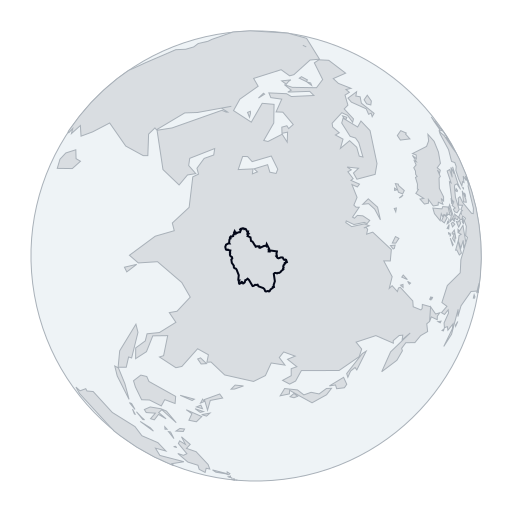 the Earth from above Xinjiang, rotated 80°
{"feature_id": "CHN-1756", "entity_name": "Xinjiang", "entity_type": "Autonomous Region", "adm_level": 1, "iso_a3": "CHN", "parent_name": "China", "parent_adm1": "", "projection": "orthographic", "projection_center": [83.367, 41.753], "detail": "medium", "context": "on_globe", "style": "outline", "palette": "ink", "viewbox_px": 512, "rotation_deg": 80, "n_neighbors": 0, "source": "natural_earth", "source_scale": "10m", "svg_char_len": 13083}
<svg xmlns="http://www.w3.org/2000/svg" viewBox="0 0 512 512"><g transform="rotate(80 256 256)"><circle cx="256" cy="256" r="225" fill="#eef3f6" stroke="#a8b0b8"/><path d="M331.0,43.6L326.6,42.5L323.1,41.1L321.3,40.9L325.6,42.9L328.9,44.3L328.3,50.4L340.6,62.7L350.7,67.7L343.6,66.2L367.0,77.0L377.7,86.8L361.8,75.3L357.1,73.8L362.4,79.9L358.8,79.8L359.3,82.9L354.6,82.4L345.6,76.3L342.4,76.1L346.3,80.5L344.0,83.2L338.7,76.7L334.1,81.0L318.3,72.7L308.0,57.8L295.3,54.9L274.4,44.5L272.4,46.0L263.2,43.7L257.5,44.8L255.2,43.1L252.6,45.5L255.8,46.9L255.7,48.5L252.6,49.5L249.2,47.2L250.2,46.5L247.6,46.3L247.2,44.9L245.7,46.1L241.9,43.7L241.1,47.6L234.2,46.8L233.0,44.9L239.1,43.2L251.4,36.3L252.0,34.7L246.7,33.6L224.1,35.0L222.3,34.4L215.4,35.0L213.6,35.8L218.3,35.8L213.3,38.1L219.7,38.4L218.6,39.6L222.7,41.1L215.6,43.0L206.4,44.3L202.6,43.3L198.5,44.0L196.8,47.0L184.7,47.9L167.8,53.5L165.4,53.8L170.1,49.8L183.4,43.9L189.6,40.8L179.0,45.3L173.1,46.8L169.3,48.3L165.8,49.9L165.5,50.4L162.1,51.7L170.8,47.5L172.2,46.9L174.5,46.0L171.5,47.3L177.8,44.8L179.5,44.1L195.8,38.9L212.5,35.0L229.5,32.3L246.6,30.9L263.8,30.9L280.9,32.1L297.8,34.6L314.6,38.5L331.0,43.6ZM330.9,45.1L326.0,43.0L323.5,41.5L328.0,43.1L330.9,45.1ZM335.2,49.3L332.0,47.9L334.3,47.5L335.5,48.3L335.2,49.3ZM358.8,71.6L355.5,68.6L359.9,71.6L358.8,71.6ZM360.3,83.4L362.3,84.4L361.7,85.7L360.3,83.4ZM226.4,40.0L224.6,40.5L224.8,39.9L226.4,40.0ZM229.9,40.3L231.3,39.3L233.2,39.3L232.3,39.9L229.9,40.3ZM353.8,86.2L352.2,88.2L352.3,85.1L353.8,86.2ZM227.6,41.6L236.3,39.5L239.6,39.6L238.7,42.2L227.6,41.6ZM350.2,88.6L346.4,93.9L350.6,96.4L336.3,92.9L344.3,89.2L343.8,84.9L346.8,87.9L350.2,88.6ZM258.1,47.0L254.6,45.5L260.4,46.0L258.1,47.0ZM261.8,46.9L279.7,47.0L283.3,50.0L276.6,49.2L283.6,52.8L276.6,54.2L271.2,52.5L270.2,50.2L268.3,52.6L261.8,46.9ZM329.0,90.4L326.8,91.0L327.4,89.3L329.0,90.4ZM256.1,49.3L259.4,48.8L262.8,51.4L256.8,52.7L257.6,51.4L256.1,49.3ZM288.8,53.2L290.3,55.6L285.0,57.2L284.9,58.4L276.7,54.5L288.8,53.2ZM255.3,51.3L253.7,53.4L249.3,53.1L253.1,49.9L255.3,51.3ZM266.2,51.5L267.5,52.9L264.8,52.5L266.2,51.5ZM232.8,53.9L236.7,53.0L238.8,54.2L232.8,53.9ZM253.4,54.2L254.9,54.3L256.2,54.7L254.3,56.0L253.4,54.2ZM273.6,56.1L271.1,56.5L276.7,57.8L272.9,59.4L268.2,56.6L268.7,58.5L267.5,59.0L264.9,56.2L273.6,56.1ZM256.1,58.8L248.7,56.2L241.1,57.5L239.1,56.4L251.7,54.7L256.1,58.8ZM261.5,57.4L257.7,58.0L257.0,56.2L259.3,54.7L261.5,57.4ZM272.1,61.6L279.1,59.8L279.9,60.6L272.1,61.6ZM254.0,59.5L255.8,60.1L253.5,59.7L254.0,59.5ZM266.7,61.2L269.1,60.5L269.9,61.3L266.7,61.2ZM257.5,62.2L255.2,61.2L256.6,60.1L257.5,62.2ZM261.8,62.0L262.4,63.3L258.5,60.3L262.7,61.5L261.8,62.0ZM267.1,62.1L268.4,62.4L266.0,62.4L267.1,62.1ZM253.5,67.1L248.2,63.6L251.3,61.0L256.1,64.8L253.5,67.1ZM57.2,361.9L51.1,349.3L49.3,341.9L46.5,331.4L38.9,299.2L40.2,289.4L39.3,281.0L36.7,276.0L36.2,266.0L35.0,261.8L31.4,239.7L33.2,222.7L42.1,185.6L44.8,180.2L50.4,168.4L73.2,159.3L72.4,168.7L84.0,187.2L84.4,191.6L76.9,198.9L80.7,227.5L89.2,224.4L98.7,244.6L108.9,252.9L123.4,237.4L106.7,223.4L109.8,211.9L128.1,215.4L143.6,228.3L145.3,224.3L140.6,209.1L149.3,205.5L139.5,203.4L139.7,209.1L133.6,208.2L133.1,203.0L136.2,201.7L133.0,196.5L119.0,204.6L117.6,211.2L106.0,203.4L102.6,213.9L97.6,215.0L101.5,197.7L105.1,193.5L108.0,171.1L103.2,174.5L100.1,196.2L98.8,192.5L92.2,198.3L96.2,191.0L100.8,167.2L93.8,159.7L75.9,165.0L73.7,160.0L75.9,150.4L91.5,136.0L94.7,149.1L100.3,144.9L107.4,133.3L107.7,138.5L111.0,135.6L113.0,140.4L123.4,139.3L126.5,143.6L137.9,136.2L141.1,137.6L133.4,141.4L129.8,146.6L138.5,158.0L142.3,158.1L149.1,152.6L150.6,156.8L156.0,150.0L164.7,154.2L158.7,143.8L166.4,137.9L175.6,137.0L177.1,133.5L162.1,135.1L157.1,137.5L154.5,142.5L139.9,148.5L135.4,146.3L146.6,133.5L141.3,129.2L152.3,121.9L186.0,120.8L196.3,124.5L197.9,143.3L191.2,145.6L187.4,139.8L184.2,150.8L187.7,147.2L189.0,150.9L196.7,146.9L198.0,149.4L203.2,141.6L205.6,144.2L202.3,149.1L215.8,146.3L222.9,150.8L225.3,149.0L225.9,145.9L234.5,154.2L235.9,152.5L233.6,149.1L235.0,143.8L240.7,137.8L243.4,141.0L241.7,143.6L242.0,154.1L237.1,161.0L238.7,161.8L243.7,156.6L243.2,143.6L245.9,139.2L247.1,145.0L246.9,142.6L249.1,141.4L253.7,143.3L252.8,136.9L273.2,121.6L284.2,124.6L283.0,131.0L300.0,125.5L311.0,130.4L308.9,127.1L315.6,122.9L312.3,121.3L311.8,119.4L327.5,109.4L333.3,110.0L337.7,103.0L336.6,101.5L332.6,100.6L336.3,92.9L350.6,96.4L352.4,99.6L360.2,100.1L363.0,107.7L368.9,114.6L367.4,123.5L372.2,128.6L374.8,128.3L383.2,135.4L391.8,152.3L373.8,140.1L358.6,117.5L363.8,126.6L359.4,125.2L359.2,128.9L363.2,135.6L365.7,135.9L355.2,151.8L358.2,172.4L366.0,168.1L373.0,171.8L383.2,194.1L376.7,231.2L386.0,238.7L388.0,245.1L383.1,251.4L380.0,242.1L373.1,240.9L372.1,235.0L363.2,242.9L361.4,234.8L355.3,245.4L360.0,250.7L368.5,246.4L364.0,259.6L375.4,267.5L379.1,280.2L367.7,307.5L352.6,318.7L352.1,322.8L345.0,320.0L337.2,329.6L351.9,348.2L352.1,354.3L338.7,368.6L338.1,364.3L319.1,356.8L316.7,371.5L331.2,380.5L336.2,392.4L325.6,390.4L320.4,379.8L313.7,376.8L314.6,364.4L307.4,346.4L296.7,351.2L296.7,343.4L285.1,327.9L269.2,333.7L244.5,354.0L242.4,373.1L233.3,380.5L219.0,351.8L216.9,332.1L209.0,332.7L196.5,313.4L167.1,304.5L165.4,298.4L159.3,298.9L150.9,290.1L149.2,280.1L143.0,278.0L148.3,304.3L155.2,306.6L164.4,301.0L164.3,309.4L172.7,319.4L154.7,332.6L115.0,331.6L115.3,316.4L106.6,264.3L109.1,260.4L109.3,259.8L109.4,258.8L104.4,264.4L104.3,254.3L104.5,288.8L102.7,301.3L114.4,332.1L112.3,333.3L117.3,340.6L138.4,345.1L137.6,349.6L125.1,365.2L99.6,377.0L105.4,395.4L107.6,407.5L97.0,406.3L103.4,416.5L98.7,414.4L102.1,419.0L101.4,419.6L99.7,418.3L87.5,405.5L76.2,391.8L66.1,377.2L57.2,361.9ZM58.8,170.2L56.6,173.3L58.8,170.2ZM155.7,251.9L167.8,258.5L169.7,243.8L174.5,245.3L173.4,240.0L169.8,242.7L168.1,228.7L175.9,227.8L178.2,221.9L174.3,219.5L160.2,223.6L162.4,243.4L156.6,247.0L155.7,251.9ZM172.5,47.0L171.7,47.4L167.8,49.1L169.0,48.5L172.5,47.0ZM154.5,57.2L149.4,59.2L153.9,57.1L154.5,56.2L164.7,51.2L164.7,53.7L162.9,53.3L154.5,57.2ZM178.2,45.9L171.8,48.3L178.8,45.6L178.2,45.9ZM127.2,116.7L125.4,120.6L120.9,122.4L117.0,118.5L123.4,115.5L127.2,116.7ZM123.8,125.7L136.0,114.9L139.0,117.4L135.3,117.8L136.0,120.5L130.2,121.9L121.0,135.4L116.5,138.0L111.7,128.4L115.8,129.9L117.3,125.8L123.8,125.7ZM162.0,87.5L167.4,84.1L166.9,93.7L161.9,95.9L157.7,91.7L161.0,86.7L162.0,87.5ZM224.4,47.2L226.5,46.2L227.5,46.7L226.5,48.0L224.4,47.2ZM234.5,53.4L216.4,52.6L217.8,51.2L205.5,53.0L204.5,50.3L212.6,49.1L202.6,48.7L209.4,46.6L202.3,46.9L220.2,44.5L226.0,43.0L219.9,45.6L220.6,48.0L222.7,48.6L232.8,49.4L245.6,47.8L248.3,50.5L246.9,52.8L244.2,53.5L243.3,51.5L240.4,54.0L237.0,51.7L234.5,53.4ZM228.4,84.6L228.4,80.8L222.1,87.7L218.6,84.5L218.1,85.5L213.2,84.5L206.3,85.3L205.7,83.5L203.3,84.6L200.0,84.2L196.5,85.3L194.1,82.5L189.6,83.6L191.0,81.7L184.0,84.5L188.1,81.2L184.3,80.7L182.3,84.1L177.7,69.0L172.6,66.0L166.0,65.6L174.0,60.7L185.2,58.3L196.8,58.3L200.6,62.2L203.5,59.6L206.2,60.8L202.8,62.4L209.7,60.7L211.0,62.2L221.3,63.7L230.4,61.0L234.4,61.7L231.5,63.6L237.5,63.0L234.7,67.1L237.5,67.8L237.5,72.8L230.2,76.4L233.9,76.9L234.1,81.1L228.4,84.6ZM253.2,68.5L245.3,72.9L239.5,73.5L241.9,64.7L239.8,63.5L241.1,58.4L249.4,57.8L248.3,59.2L249.1,60.6L246.2,60.2L249.2,61.5L247.7,63.7L249.6,65.3L246.5,66.2L253.2,68.5ZM88.6,191.1L89.7,193.6L92.1,196.4L88.0,200.3L88.6,191.1ZM91.5,174.8L93.0,176.1L88.4,182.5L87.3,180.1L91.5,174.8ZM97.7,171.6L93.4,175.7L95.1,172.1L97.7,171.6ZM135.2,142.5L137.2,143.7L135.9,145.3L133.0,146.4L135.2,142.5ZM208.9,106.2L209.9,103.4L211.4,103.3L217.3,98.6L220.3,100.8L218.0,104.6L208.9,106.2ZM118.3,238.3L113.1,239.4L112.5,236.4L114.4,236.6L118.3,238.3ZM98.1,219.4L100.9,226.2L97.0,220.4L98.1,219.4ZM213.2,107.8L215.3,105.5L215.5,108.1L213.2,107.8ZM222.9,102.3L223.8,105.0L221.4,100.6L222.9,102.3ZM138.0,421.7L135.2,436.5L126.6,432.2L121.5,425.4L120.1,415.0L128.9,416.3L132.2,412.4L138.0,421.7ZM385.3,404.2L390.8,402.5L390.5,403.2L385.3,404.2ZM379.7,404.1L386.1,401.8L378.4,406.1L379.7,404.1ZM388.6,400.8L395.1,396.6L398.0,394.2L397.3,395.9L388.6,400.8ZM375.2,405.9L350.0,413.5L339.8,414.2L342.4,410.9L359.0,407.3L375.2,405.9ZM341.6,411.1L325.7,406.7L302.3,386.1L310.7,385.5L334.8,396.2L333.3,399.0L343.0,403.1L341.6,411.1ZM379.3,385.9L377.7,393.6L364.0,397.5L357.6,398.3L353.3,390.1L355.7,384.5L361.0,383.2L380.3,359.5L387.2,361.3L381.6,370.8L387.2,375.3L379.3,385.9ZM243.5,374.9L249.2,386.0L244.2,387.5L243.5,374.9ZM387.2,344.0L380.0,354.9L386.3,341.6L387.2,344.0ZM390.3,332.2L391.2,336.2L387.7,333.4L390.3,332.2ZM352.8,328.8L347.3,331.3L346.7,328.3L353.4,323.4L352.8,328.8ZM381.8,290.9L383.3,300.2L382.8,303.7L379.5,299.0L381.8,290.9ZM242.0,127.2L230.4,131.0L224.0,136.0L223.6,141.9L219.2,135.5L229.0,127.8L242.0,127.2ZM269.1,121.8L269.4,117.1L272.5,118.4L272.9,119.7L269.1,121.8ZM266.9,119.5L261.1,115.3L263.5,112.2L267.6,116.1L266.9,119.5ZM236.8,110.7L233.2,111.6L233.1,109.4L236.8,110.7ZM409.3,421.1L409.9,420.5L408.4,421.9L403.0,426.8L403.3,426.3L398.7,429.5L360.9,453.6L353.8,456.1L358.2,452.7L357.1,446.7L359.6,445.9L361.2,439.9L385.1,424.7L403.0,404.8L413.2,399.6L422.8,385.0L432.4,378.6L427.8,388.4L435.7,385.3L446.1,362.7L445.9,375.0L448.2,373.4L447.7,374.3L436.3,391.0L423.5,406.7L409.3,421.1ZM472.7,317.3L473.3,315.4L473.2,315.6L472.7,317.3ZM398.8,398.8L406.8,389.9L410.7,387.4L398.8,398.8ZM472.7,316.8L471.8,319.2L472.1,318.0L472.7,316.8ZM473.2,314.3L473.4,313.2L473.3,314.9L473.2,314.3ZM471.8,315.9L472.7,315.5L471.6,316.6L471.8,315.9ZM471.0,318.1L470.1,319.0L470.2,318.4L471.0,318.1ZM456.4,341.9L460.3,343.7L456.2,349.0L452.0,349.5L447.1,358.9L436.9,367.3L439.7,362.1L438.7,358.4L427.2,365.0L424.8,363.3L429.3,358.2L421.1,360.8L430.1,353.5L433.4,357.9L438.3,349.0L446.1,343.9L453.0,339.4L457.8,338.5L456.4,341.9ZM429.4,368.4L430.9,367.3L429.4,370.2L429.4,368.4ZM468.3,319.3L469.6,319.6L469.3,320.7L468.6,321.7L468.3,319.3ZM459.1,336.0L464.6,323.9L465.7,322.3L461.9,333.1L459.1,336.0ZM463.6,321.9L465.8,319.5L466.7,320.9L466.2,322.4L463.6,321.9ZM411.2,373.6L410.8,375.7L408.3,375.5L411.2,373.6ZM414.5,370.7L421.6,368.5L413.7,372.7L414.5,370.7ZM391.0,375.4L393.3,379.0L400.7,372.8L395.1,379.5L399.7,384.6L397.9,388.1L393.3,382.4L391.1,391.3L387.8,392.6L386.3,386.4L389.9,376.2L393.2,371.1L406.3,363.5L391.0,375.4ZM414.5,365.2L412.6,360.9L414.0,356.4L416.2,358.1L414.5,365.2ZM406.1,350.6L400.2,346.5L395.3,351.4L404.7,337.3L408.9,343.5L406.1,350.6ZM400.3,338.1L395.8,342.5L400.1,334.8L400.3,338.1ZM394.3,340.8L393.3,336.2L397.1,335.2L394.3,340.8ZM402.8,337.1L402.7,328.6L405.1,332.5L402.8,337.1ZM390.3,326.1L399.4,330.5L388.4,331.7L385.6,315.7L390.1,313.5L390.3,326.1ZM400.5,246.9L398.0,242.5L401.4,239.3L402.2,243.2L400.5,246.9ZM410.3,226.3L401.6,237.1L394.1,246.2L397.6,247.1L397.9,256.5L391.5,250.8L395.1,238.4L401.1,233.0L399.8,225.4L402.8,217.8L398.7,209.6L399.4,204.6L404.9,210.6L410.3,226.3ZM396.7,206.3L390.7,190.8L398.1,188.9L401.1,191.8L400.7,199.6L396.8,200.1L396.7,206.3ZM391.4,186.6L387.5,187.1L370.6,168.3L368.8,164.0L385.7,176.5L383.0,177.8L385.8,182.9L391.4,186.6ZM328.7,92.5L326.9,91.1L329.5,91.6L328.7,92.5ZM309.8,118.7L309.5,116.2L312.5,116.6L309.8,118.7ZM310.4,109.9L307.3,111.1L309.5,108.5L310.4,109.9ZM300.3,114.3L305.5,111.0L302.1,116.1L300.3,114.3Z" fill="#d9dde1" stroke="#a8b0b8" stroke-width="1"/><path d="M238.5,280.2L235.4,279.4L234.4,278.7L234.3,278.1L233.1,278.4L232.3,277.3L232.7,276.7L232.4,275.0L231.1,274.6L230.8,273.8L230.1,273.4L229.4,273.7L227.9,272.7L230.5,271.9L229.7,271.0L230.0,270.4L229.6,269.1L229.8,267.6L228.3,266.7L227.1,267.1L226.6,266.3L226.5,265.7L227.0,265.4L226.4,264.3L226.6,263.4L227.5,263.0L227.3,262.1L227.8,261.3L230.6,260.4L230.6,259.6L231.6,260.0L232.7,259.3L233.0,260.7L234.7,260.3L235.0,260.7L236.7,258.2L240.3,258.3L241.2,257.0L242.2,256.5L245.4,255.3L245.7,254.8L246.8,254.7L246.7,252.3L247.0,251.7L247.9,251.4L247.4,250.8L248.6,250.4L247.5,246.5L247.6,244.5L248.0,244.2L246.2,243.4L251.3,241.8L252.1,242.6L252.9,242.3L253.7,242.7L254.0,241.6L253.0,241.1L255.1,234.6L257.4,235.5L259.5,235.4L259.7,236.1L261.7,235.1L262.2,234.2L261.7,231.7L262.1,230.0L264.3,229.3L264.8,228.5L264.6,227.6L265.0,227.0L267.4,226.6L267.6,227.4L267.3,227.8L268.2,228.4L268.0,229.0L269.4,229.6L269.7,230.3L270.9,231.0L272.2,230.8L272.8,231.5L273.6,231.3L273.7,231.7L274.4,232.1L274.9,233.4L276.1,234.7L276.7,236.2L276.4,237.2L276.8,238.3L276.1,239.4L276.0,240.5L276.7,241.6L284.1,241.8L287.7,243.7L289.6,243.7L289.5,244.8L290.2,244.9L291.5,247.5L293.0,248.7L293.2,249.4L292.5,250.2L292.7,252.3L292.3,253.0L290.0,253.5L288.8,254.5L286.3,258.8L284.5,259.4L284.6,260.9L284.2,261.9L285.0,263.5L285.0,264.6L278.3,267.1L276.9,268.2L277.9,269.9L277.9,270.7L280.0,271.7L280.8,273.1L280.8,273.5L279.4,274.0L279.0,274.6L279.3,275.3L280.1,275.5L280.5,277.2L279.7,277.5L277.5,277.2L277.1,276.8L276.9,277.5L276.0,277.5L271.9,276.3L265.9,277.5L265.0,278.0L264.2,279.4L263.0,279.8L261.7,279.5L258.6,281.0L255.2,280.9L254.3,279.8L253.0,279.8L251.6,281.2L250.3,281.5L248.7,280.9L248.3,281.2L246.1,280.3L245.3,282.3L244.8,282.6L245.0,283.5L244.4,284.5L241.7,284.7L239.6,283.5L238.8,280.9L239.0,280.0L238.5,280.2Z" fill="none" stroke="#020617" stroke-width="2"/></g></svg>